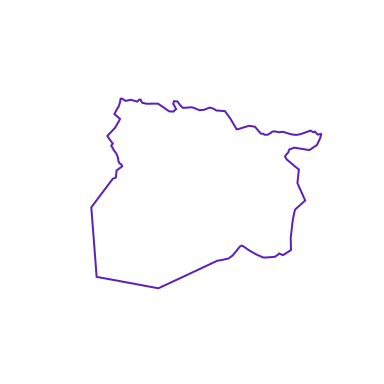 Sharg Al Jazirah, Gezira, Sudan, rotated 128°
{"feature_id": "16777658B60089924012173", "entity_name": "Sharg Al Jazirah", "entity_type": "district", "adm_level": 2, "iso_a3": "SDN", "parent_name": "Sudan", "parent_adm1": "Gezira", "projection": "robinson", "projection_center": [33.472, 15.011], "detail": "fine", "context": "isolated", "style": "outline", "palette": "violet", "viewbox_px": 384, "rotation_deg": 128, "n_neighbors": 0, "source": "geoboundaries", "source_scale": "gbopen_adm2", "svg_char_len": 1904}
<svg xmlns="http://www.w3.org/2000/svg" viewBox="0 0 384 384"><g transform="rotate(128 192 192)"><path d="M185.7,81.4L177.5,78.5L176.7,78.3L167.5,85.9L152.8,94.9L144.3,99.2L142.1,99.9L129.0,97.6L120.0,114.5L118.5,115.4L108.4,121.7L108.5,125.0L108.0,137.6L106.7,140.6L104.7,140.8L101.9,140.5L98.5,141.5L94.1,138.7L86.7,125.3L78.0,122.5L74.6,123.2L70.6,124.2L66.5,125.9L66.4,125.9L66.5,125.9L66.5,126.0L69.3,128.2L68.8,132.4L70.1,133.0L70.5,135.2L70.6,136.4L77.3,140.6L79.2,141.8L82.7,144.8L84.7,147.9L85.9,150.4L88.6,157.4L91.5,160.4L93.2,164.0L95.0,165.9L97.1,166.3L100.2,167.6L101.1,168.5L102.3,170.4L102.2,171.4L103.6,173.8L101.8,182.6L104.8,187.9L113.7,194.1L115.1,195.4L110.4,207.3L109.8,209.5L108.0,215.9L112.7,222.9L113.2,226.5L114.6,230.1L119.5,232.9L122.9,236.4L124.8,243.2L126.3,245.6L128.4,247.5L128.9,248.2L131.3,251.0L130.9,254.8L129.6,259.2L131.5,262.1L134.0,261.1L136.4,255.6L140.1,256.2L142.5,259.6L143.3,273.1L150.5,282.3L152.3,286.1L151.5,288.4L150.9,289.2L151.6,290.4L154.5,290.8L157.0,297.0L158.6,298.4L161.0,300.3L161.6,304.9L162.4,305.7L165.6,304.0L170.1,302.3L172.0,302.3L178.3,301.2L178.7,293.7L181.8,293.1L188.9,292.2L200.0,293.2L202.0,286.8L202.6,284.2L205.1,284.2L207.2,279.3L208.4,275.0L210.7,271.2L212.8,269.2L214.1,266.8L213.7,264.8L214.8,262.8L221.4,264.7L227.5,260.9L230.5,262.6L266.1,261.9L282.2,247.2L297.4,233.3L317.5,215.0L317.6,214.9L314.2,208.4L310.8,201.9L308.2,197.0L303.2,187.3L300.3,181.8L293.0,167.7L290.3,162.5L288.5,159.2L278.4,154.0L262.3,145.8L256.3,142.8L243.1,136.1L235.6,132.3L230.3,129.6L228.0,127.3L221.8,122.2L220.5,121.9L217.0,120.9L210.7,120.7L205.5,120.7L203.7,119.9L203.2,117.8L202.8,111.1L201.7,103.1L199.7,95.4L197.8,93.1L196.8,92.0L196.3,91.4L196.1,91.2L195.8,90.9L195.7,90.7L195.3,90.2L195.0,89.9L194.8,89.8L194.7,89.6L194.4,89.3L194.0,88.9L191.9,86.7L188.3,85.6L186.9,85.6L185.7,81.4Z" fill="none" stroke="#5b21b6" stroke-width="2"/></g></svg>